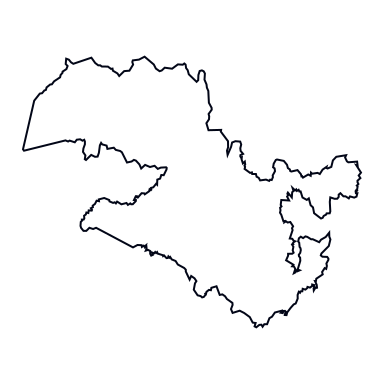 Ixcamilpa de Guerrero, Puebla, Mexico (Equal Earth projection)
{"feature_id": "50627088B64482262192688", "entity_name": "Ixcamilpa de Guerrero", "entity_type": "district", "adm_level": 2, "iso_a3": "MEX", "parent_name": "Mexico", "parent_adm1": "Puebla", "projection": "equal_earth", "projection_center": [-98.671, 18.028], "detail": "fine", "context": "isolated", "style": "outline", "palette": "ink", "viewbox_px": 384, "rotation_deg": 0, "n_neighbors": 0, "source": "geoboundaries", "source_scale": "gbopen_adm2", "svg_char_len": 5994}
<svg xmlns="http://www.w3.org/2000/svg" viewBox="0 0 384 384"><path d="M24.0,150.7L65.5,140.4L68.1,141.5L69.6,140.6L74.8,142.3L76.8,139.7L80.2,139.3L82.5,140.7L84.2,139.8L84.9,141.5L84.9,144.3L83.4,148.5L83.0,151.9L85.4,155.4L84.8,159.2L86.0,160.0L91.2,154.9L95.0,156.8L97.6,156.6L98.9,152.8L99.9,145.3L101.1,142.9L102.2,144.4L106.6,145.6L107.4,148.9L113.8,147.7L115.8,149.9L120.2,151.0L121.9,152.3L127.0,162.5L131.6,161.5L133.9,159.9L135.9,160.6L139.4,164.4L141.2,168.5L145.1,164.9L150.0,167.0L154.6,165.8L157.8,168.9L160.8,167.6L166.1,167.3L166.7,167.9L166.5,169.5L163.7,175.2L161.3,175.0L160.1,178.6L157.3,179.6L157.1,184.7L156.1,183.8L153.3,187.3L151.1,187.9L151.3,189.7L150.8,190.2L149.6,189.3L149.1,191.3L144.8,194.3L144.3,193.4L141.6,193.2L137.8,197.6L137.1,197.4L136.9,196.2L135.8,196.2L134.0,200.0L135.9,200.1L135.8,201.1L132.8,204.2L131.2,204.3L130.3,203.4L127.9,204.9L126.5,203.0L121.4,204.3L117.1,201.6L115.9,203.4L114.7,202.3L113.1,202.9L109.5,201.4L109.2,200.0L104.2,198.0L98.8,199.4L99.0,201.2L96.6,200.7L95.0,203.9L92.7,205.7L92.9,207.2L90.9,208.2L92.0,209.9L91.7,210.6L88.7,210.4L88.3,213.0L86.4,212.5L85.8,214.5L84.1,215.7L84.3,218.5L83.6,219.6L81.9,219.6L82.0,220.7L80.8,221.9L80.5,225.9L81.1,227.9L83.5,230.9L86.3,230.9L89.4,227.8L93.1,229.0L96.1,227.8L133.0,247.4L137.5,245.0L141.6,245.2L141.9,246.9L143.7,245.7L144.4,246.6L146.0,245.3L145.6,247.1L146.4,246.6L146.6,248.6L145.8,250.6L148.0,249.9L150.2,251.0L150.2,253.8L151.2,255.6L152.9,254.8L152.1,252.5L154.2,253.3L155.2,252.0L156.1,253.0L157.1,252.1L157.7,253.6L162.8,255.2L163.1,256.1L164.0,255.4L166.5,258.1L167.8,258.0L168.4,256.4L169.6,257.7L170.2,257.0L171.7,259.4L175.6,261.0L177.8,264.5L184.2,268.0L185.8,269.7L185.8,271.5L189.6,279.6L191.2,276.0L194.5,278.3L196.4,281.1L195.0,283.3L193.8,289.7L197.6,295.3L200.7,296.1L202.1,297.4L203.8,296.9L205.6,294.7L204.9,293.0L206.0,293.9L206.5,291.8L208.9,289.9L210.9,290.2L211.4,287.8L216.5,286.3L219.7,294.9L222.4,294.4L225.1,296.3L226.9,299.0L232.4,302.9L232.6,304.9L231.0,309.1L232.6,312.9L239.7,310.7L244.2,313.0L249.8,317.1L252.7,322.6L255.6,323.0L254.6,326.4L256.3,327.3L259.3,324.9L261.4,324.7L262.6,326.7L264.3,324.2L267.1,324.2L269.4,318.2L272.0,316.7L274.9,312.5L282.2,310.6L282.4,311.8L281.1,312.8L282.7,313.1L283.5,311.0L285.0,310.9L286.2,312.0L285.3,312.7L284.8,315.0L286.5,315.1L287.2,312.4L290.7,307.8L293.7,304.4L295.7,303.5L297.7,298.6L297.6,295.0L298.8,291.8L300.0,292.7L300.5,291.4L302.3,291.3L302.7,288.8L305.4,289.6L307.2,288.1L307.5,286.9L310.0,287.6L312.1,286.0L312.2,284.5L314.3,285.1L313.8,286.4L314.6,287.3L313.6,288.3L313.8,290.4L315.6,287.4L316.5,287.1L317.1,288.6L316.7,284.8L315.0,281.1L315.9,281.2L316.3,278.7L322.7,274.4L322.1,272.0L324.7,268.1L326.2,268.9L326.9,265.9L326.4,263.5L328.4,259.8L328.4,258.6L327.2,256.9L322.4,256.7L320.8,255.4L321.4,253.5L328.8,246.0L330.4,239.4L329.3,236.6L329.2,232.7L325.7,237.0L321.0,239.7L319.2,242.2L312.7,239.2L311.2,239.3L307.3,236.9L305.4,236.4L303.1,238.1L300.8,236.7L298.9,238.3L298.2,241.4L299.2,242.7L299.6,246.9L300.5,248.2L300.8,250.1L300.2,252.9L298.8,254.8L299.0,256.3L300.1,257.6L300.3,260.8L297.7,269.5L299.7,270.3L297.6,271.2L297.3,270.0L296.5,270.2L295.4,272.4L293.9,273.2L295.3,268.9L293.9,266.4L292.2,266.3L293.4,264.7L286.1,260.3L288.1,255.7L288.1,253.8L292.3,253.7L293.6,252.7L292.7,250.3L293.4,246.8L292.1,244.6L293.2,244.1L292.7,243.5L293.6,242.2L295.1,241.3L293.7,240.8L292.3,238.8L289.8,238.5L292.6,230.1L292.0,228.2L293.1,226.3L290.3,222.0L287.6,222.5L286.0,221.3L284.4,222.3L284.6,221.0L283.4,221.2L281.3,214.8L280.0,212.7L280.5,210.3L280.1,207.7L281.5,206.4L280.7,205.0L281.3,200.0L289.1,200.5L287.1,196.6L288.0,195.4L287.4,193.6L287.9,192.6L291.8,197.4L292.2,192.2L293.5,191.0L292.6,188.0L295.1,190.4L296.2,189.4L296.9,190.9L298.6,189.8L299.4,191.5L300.6,191.4L302.5,197.5L306.8,199.9L308.8,198.4L310.6,205.2L313.0,207.4L314.1,213.2L321.0,218.5L322.7,217.8L323.7,215.9L326.1,214.6L326.6,213.4L329.7,213.3L330.3,211.4L329.8,201.9L330.3,197.4L334.6,198.8L337.3,198.7L338.7,196.9L338.7,194.6L340.4,193.2L343.4,196.3L345.5,196.3L348.8,198.4L350.0,196.4L354.2,197.6L356.5,196.6L357.4,193.2L355.9,193.2L355.6,191.1L356.2,190.2L357.6,191.3L357.0,190.3L357.6,186.4L356.8,185.6L358.4,184.0L357.5,182.2L357.5,180.7L360.4,178.1L358.7,175.5L361.0,172.6L356.3,165.2L357.6,165.7L357.1,161.6L348.3,162.3L346.9,161.3L345.1,157.5L346.1,155.2L336.3,156.8L332.9,160.4L331.3,166.9L327.6,168.5L326.2,167.9L326.5,166.9L322.6,169.6L319.8,174.0L317.6,172.9L312.2,173.7L311.0,172.6L310.7,175.8L308.2,174.5L303.0,177.6L302.2,176.2L301.5,176.4L300.9,174.2L297.5,170.1L291.4,171.5L290.3,171.1L289.8,169.4L287.9,168.1L287.0,164.8L283.8,160.9L277.0,159.5L275.8,160.0L273.7,163.7L273.1,167.3L274.6,168.4L275.0,171.2L272.7,175.4L272.9,177.2L271.7,180.0L270.1,179.7L269.2,180.9L266.0,179.6L260.1,180.4L258.7,177.8L256.6,176.7L255.9,174.0L252.2,174.0L251.9,172.4L250.1,172.9L244.6,168.9L245.1,166.8L244.5,165.7L245.2,164.5L244.8,161.6L242.9,163.4L241.6,159.4L241.8,157.2L241.0,157.6L240.3,156.3L240.4,155.1L243.1,153.9L240.6,150.9L240.3,148.2L241.2,144.5L240.2,141.6L235.4,141.2L232.1,142.5L231.1,146.8L227.6,154.9L227.0,150.7L228.1,147.3L228.0,141.2L220.8,131.6L221.1,129.9L208.5,130.2L206.4,123.2L209.0,119.3L209.2,116.3L208.6,114.0L211.7,109.7L211.6,107.8L208.9,102.8L208.3,90.9L206.9,87.7L206.5,84.4L204.5,79.7L204.9,73.5L203.7,71.3L201.9,70.4L199.7,71.0L198.4,75.0L198.2,80.2L196.6,81.8L188.8,74.3L187.7,70.2L186.1,68.1L185.6,64.6L184.3,63.5L182.8,64.7L177.9,64.4L172.1,68.7L164.7,67.7L161.7,70.5L159.6,71.2L155.9,68.6L153.8,64.5L144.6,56.7L139.0,59.6L132.8,60.4L132.3,62.0L133.1,64.6L129.4,70.7L124.2,71.1L119.2,76.0L117.4,73.4L112.9,70.7L112.5,68.6L111.0,68.9L107.9,66.6L101.8,66.5L100.2,65.3L98.2,65.3L95.2,63.0L91.4,57.7L73.3,63.8L71.0,62.3L68.9,59.7L66.2,58.7L65.7,64.0L67.6,66.0L66.4,69.1L62.6,71.6L62.5,72.8L60.6,75.0L60.1,77.3L54.1,81.3L51.9,84.3L50.2,84.5L46.6,87.4L45.9,89.9L44.3,90.5L42.1,93.2L39.8,93.6L34.2,100.7L23.0,149.3L24.0,150.7Z" fill="none" stroke="#020617" stroke-width="2"/></svg>